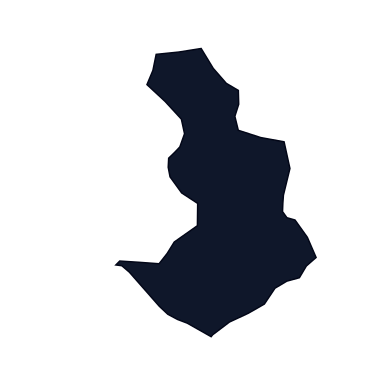 SVG path tracing the border of Dəvəçi, rotated 145°
{"feature_id": "AZE-1701", "entity_name": "Dəvəçi", "entity_type": "District", "adm_level": 1, "iso_a3": "AZE", "parent_name": "Azerbaijan", "parent_adm1": "", "projection": "orthographic", "projection_center": [48.885, 41.11], "detail": "fine", "context": "isolated", "style": "filled", "palette": "ink", "viewbox_px": 384, "rotation_deg": 145, "n_neighbors": 0, "source": "natural_earth", "source_scale": "10m", "svg_char_len": 802}
<svg xmlns="http://www.w3.org/2000/svg" viewBox="0 0 384 384"><g transform="rotate(145 192 192)"><path d="M259.3,62.5L271.2,87.4L276.9,95.8L281.9,105.6L284.3,117.0L289.3,162.3L291.8,171.9L296.2,175.9L290.8,176.9L275.2,164.4L260.1,152.1L247.6,155.9L235.2,161.2L206.9,161.3L193.9,179.4L201.0,197.2L201.3,217.0L197.3,225.9L191.7,233.1L183.5,234.4L176.1,235.9L164.7,244.0L158.9,257.8L162.1,281.7L167.3,305.8L154.3,314.0L142.4,325.3L122.5,314.2L102.2,304.3L103.7,281.1L101.6,261.4L95.8,248.6L103.4,237.1L113.5,229.4L118.7,216.0L104.5,197.2L87.8,180.3L98.3,155.1L118.9,137.0L124.1,130.6L129.1,124.0L129.0,116.5L123.7,110.0L123.5,88.7L127.9,67.2L140.8,65.8L153.2,60.2L165.5,64.6L179.2,65.6L197.0,58.7L215.5,60.4L235.9,64.0L257.0,63.2L259.3,62.5Z" fill="#0f172a" stroke="#020617" stroke-width="1.5"/></g></svg>